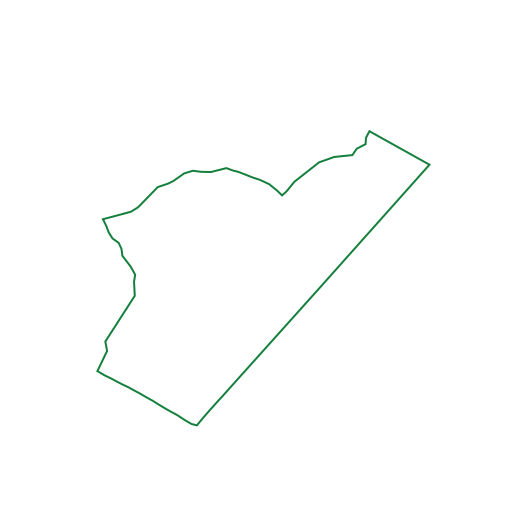 outline of Tibau, Rio Grande do Norte, Brazil, rotated 148°
{"feature_id": "56859067B59166838740608", "entity_name": "Tibau", "entity_type": "district", "adm_level": 2, "iso_a3": "BRA", "parent_name": "Brazil", "parent_adm1": "Rio Grande do Norte", "projection": "robinson", "projection_center": [-37.303, -4.888], "detail": "fine", "context": "isolated", "style": "outline", "palette": "green", "viewbox_px": 512, "rotation_deg": 148, "n_neighbors": 0, "source": "geoboundaries", "source_scale": "gbopen_adm2", "svg_char_len": 955}
<svg xmlns="http://www.w3.org/2000/svg" viewBox="0 0 512 512"><g transform="rotate(148 256 256)"><path d="M60.5,241.5L93.7,301.7L100.0,298.0L103.8,292.8L113.7,293.6L120.8,290.5L137.3,298.6L143.4,299.9L152.8,302.0L184.2,298.6L195.9,294.6L201.8,293.6L203.5,300.5L206.8,310.0L212.4,318.6L217.1,324.2L226.3,336.6L230.1,340.5L234.5,346.2L249.7,351.1L257.7,356.3L264.5,361.8L273.1,364.1L286.5,363.4L292.3,364.0L302.8,366.5L330.2,359.8L338.5,359.8L366.3,368.3L367.0,361.2L368.4,353.9L368.4,347.0L365.5,339.9L366.3,333.4L369.2,326.9L367.9,313.4L368.4,304.1L373.0,298.9L379.9,286.5L429.1,263.3L432.6,254.4L446.0,245.9L451.5,242.4L447.7,235.1L443.5,228.5L440.6,223.3L437.3,217.8L434.1,212.8L431.0,207.3L427.2,200.7L423.2,193.1L420.4,188.1L417.4,181.9L414.5,176.2L411.5,170.5L407.1,162.8L403.0,153.9L399.7,147.7L395.9,143.7L386.5,146.8L377.7,149.5L364.9,153.2L358.6,154.9L350.4,157.3L216.0,196.1L60.5,241.5Z" fill="none" stroke="#15803d" stroke-width="2"/></g></svg>